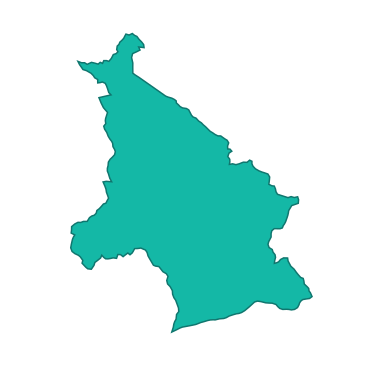 the district of Jaú, São Paulo, Brazil, rotated 283°
{"feature_id": "56859067B42546306526915", "entity_name": "Jaú", "entity_type": "district", "adm_level": 2, "iso_a3": "BRA", "parent_name": "Brazil", "parent_adm1": "São Paulo", "projection": "orthographic", "projection_center": [-48.547, -22.301], "detail": "fine", "context": "isolated", "style": "filled", "palette": "teal", "viewbox_px": 384, "rotation_deg": 283, "n_neighbors": 0, "source": "geoboundaries", "source_scale": "gbopen_adm2", "svg_char_len": 4015}
<svg xmlns="http://www.w3.org/2000/svg" viewBox="0 0 384 384"><g transform="rotate(283 192 192)"><path d="M93.7,107.7L94.1,111.3L98.5,113.0L101.5,113.2L104.1,115.4L107.2,117.8L110.1,118.3L108.4,120.8L107.5,122.8L107.9,125.0L108.8,127.3L110.1,130.0L110.4,133.4L114.4,133.8L114.9,136.5L113.5,139.4L115.5,141.0L118.1,143.2L116.9,145.7L119.1,147.4L121.1,148.1L123.9,148.8L124.8,152.0L125.9,154.8L125.4,157.3L125.0,159.7L122.9,161.9L119.9,163.5L117.8,165.4L112.0,170.9L111.6,173.1L111.9,176.5L107.8,181.6L106.6,185.4L104.4,187.6L100.1,187.3L96.9,188.9L94.9,192.0L91.4,195.1L88.0,196.1L84.9,198.2L82.9,200.4L79.4,202.7L76.0,204.9L72.5,206.0L69.2,204.5L64.5,205.1L61.9,204.3L59.1,204.0L56.0,204.2L51.0,203.8L54.1,207.7L56.8,210.9L58.2,213.0L59.9,216.9L61.3,220.1L62.8,223.4L63.8,225.5L65.4,227.9L66.8,229.9L68.3,232.7L70.2,236.0L71.4,238.5L72.1,240.8L72.7,243.5L74.6,247.3L75.9,251.4L77.3,253.7L79.5,256.1L81.8,259.9L83.3,262.6L84.2,265.0L85.7,267.4L88.2,270.0L92.8,273.5L98.9,277.7L100.4,280.3L100.7,283.9L100.6,288.7L101.1,291.9L101.7,295.1L101.3,299.2L99.6,301.4L98.3,303.7L98.0,306.8L99.0,310.4L99.4,312.9L99.5,315.4L100.7,318.4L103.1,320.8L106.1,321.6L108.3,321.8L110.4,322.7L112.1,324.1L113.6,327.6L114.7,330.5L117.1,332.5L120.5,330.0L121.9,328.3L124.3,327.4L125.5,325.7L127.6,322.1L130.5,321.0L132.8,319.8L133.2,317.1L135.4,314.0L137.3,311.6L139.8,308.8L141.9,305.0L146.4,301.1L149.2,300.0L148.4,296.1L146.1,293.4L143.4,292.1L142.1,290.4L141.0,288.3L144.0,288.0L147.1,288.1L149.6,287.0L151.6,284.5L154.0,283.1L155.2,279.6L158.1,277.8L160.8,277.9L165.9,279.2L169.3,278.4L172.3,278.5L174.8,280.4L176.0,286.0L177.3,288.1L179.8,288.5L181.8,289.3L184.1,289.9L188.5,290.4L190.9,290.6L193.0,290.6L195.6,290.4L201.2,292.2L204.9,298.1L208.4,297.6L211.1,296.0L209.6,292.9L209.8,289.6L208.1,286.8L209.0,275.8L211.3,273.7L213.8,272.6L216.3,270.8L216.0,268.4L216.8,265.1L220.5,264.8L224.1,264.3L226.6,261.9L227.0,258.2L227.2,255.5L227.7,252.4L228.9,248.5L230.9,245.6L233.1,244.0L235.4,243.5L236.0,241.0L233.3,239.0L232.6,235.3L230.0,231.5L228.5,228.6L228.6,225.2L227.3,222.2L229.9,222.1L232.4,221.4L234.6,218.9L238.2,219.3L240.7,221.6L242.3,219.4L242.0,217.1L244.9,216.3L248.1,216.7L250.3,214.6L251.2,211.9L252.1,209.7L253.1,207.4L252.5,204.6L253.3,201.3L254.3,198.9L255.2,196.1L256.9,193.3L258.6,190.6L260.1,187.7L261.5,185.6L262.7,182.4L264.9,179.3L265.3,176.2L266.7,174.2L268.5,172.7L271.3,170.3L272.1,167.8L271.8,163.8L272.6,161.1L273.9,159.2L275.2,156.8L277.3,156.0L278.2,154.0L278.9,151.2L279.1,147.3L279.5,144.8L291.7,114.7L293.3,110.2L294.5,107.6L300.3,106.2L304.4,105.3L309.4,102.9L313.5,103.0L316.1,106.4L318.6,109.4L321.3,107.4L321.9,112.8L324.8,111.7L327.0,109.0L328.8,106.1L331.2,103.3L331.7,100.8L333.0,98.2L330.8,95.4L331.0,92.1L328.9,91.5L326.4,90.9L323.9,89.5L321.8,88.0L319.3,87.6L317.4,86.3L313.8,86.6L312.0,88.3L309.8,87.0L308.2,84.4L306.1,83.9L303.9,83.3L300.6,81.6L300.8,79.1L300.2,76.5L297.2,75.9L297.7,73.4L295.5,71.8L295.7,68.3L295.7,64.9L292.8,61.1L293.8,58.3L293.1,55.2L293.6,51.5L290.8,53.8L288.4,56.5L286.8,58.2L286.5,61.9L285.8,64.2L285.0,66.9L283.2,69.7L281.4,71.5L280.4,74.8L277.1,75.6L277.9,77.9L279.0,79.9L278.4,83.0L276.4,84.7L273.8,86.4L270.2,88.5L268.4,91.2L263.0,80.1L258.2,83.5L254.3,86.7L252.5,89.1L250.5,91.8L244.2,91.3L242.0,91.5L239.2,92.6L236.3,91.2L233.6,92.7L230.9,95.5L227.5,97.8L225.2,100.0L223.3,102.3L221.6,103.7L218.4,104.8L216.0,107.0L214.1,108.2L210.9,108.2L207.9,106.5L205.5,104.9L202.3,103.8L198.7,104.3L196.1,104.2L193.4,104.8L191.1,106.4L186.9,108.8L183.9,111.4L183.1,106.0L181.8,103.1L177.7,106.1L175.3,107.6L172.5,108.7L169.8,110.5L167.2,112.1L165.0,111.4L161.7,110.6L160.4,108.4L157.7,107.0L154.9,105.4L152.6,103.5L149.7,103.4L147.4,102.0L146.1,99.8L144.0,97.9L139.8,96.5L138.9,92.8L137.3,90.5L136.8,87.7L134.5,85.0L131.2,82.5L127.8,83.2L124.8,83.5L123.8,87.4L121.4,86.6L119.1,86.2L116.5,86.2L113.9,86.2L110.3,86.4L107.1,88.5L105.6,91.7L104.8,95.5L103.8,97.6L100.8,101.0L97.9,100.9L94.8,105.5L93.7,107.7Z" fill="#14b8a6" stroke="#0f766e" stroke-width="1.5"/></g></svg>